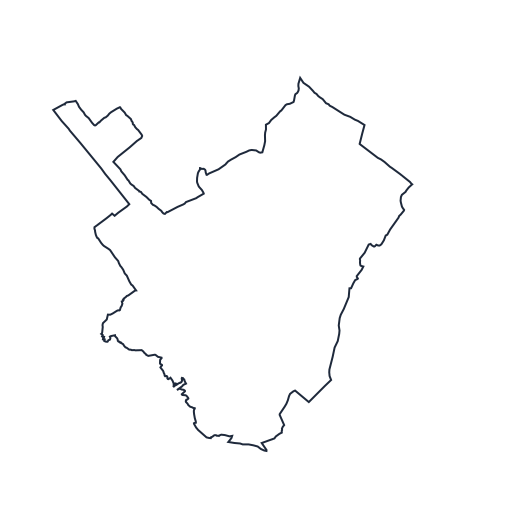 Cretesti, Vaslui, Romania (orthographic projection), rotated 167°
{"feature_id": "2599482B47452511342695", "entity_name": "Cretesti", "entity_type": "district", "adm_level": 2, "iso_a3": "ROU", "parent_name": "Romania", "parent_adm1": "Vaslui", "projection": "orthographic", "projection_center": [28.003, 46.636], "detail": "fine", "context": "isolated", "style": "outline", "palette": "slate", "viewbox_px": 512, "rotation_deg": 167, "n_neighbors": 0, "source": "geoboundaries", "source_scale": "gbopen_adm2", "svg_char_len": 6117}
<svg xmlns="http://www.w3.org/2000/svg" viewBox="0 0 512 512"><g transform="rotate(167 256 256)"><path d="M290.5,354.1L290.8,354.2L291.1,352.9L293.0,351.1L294.0,349.7L295.8,345.4L296.7,342.0L296.8,340.7L296.2,336.9L295.8,335.9L293.9,332.5L293.0,329.6L292.9,328.5L299.8,326.4L301.2,325.8L312.1,324.3L313.7,323.1L315.3,322.6L321.3,321.5L332.4,318.6L333.0,318.9L335.3,317.5L336.1,317.9L336.7,318.4L337.5,319.7L338.1,321.3L340.3,323.9L341.8,326.2L343.6,328.1L344.9,329.0L346.2,331.2L345.9,333.3L347.3,334.7L349.5,338.2L352.8,342.1L353.7,344.3L355.2,345.1L355.1,345.5L358.5,349.5L359.4,351.7L361.3,353.7L362.2,355.0L363.3,358.4L363.9,359.0L365.8,364.2L368.2,368.8L368.6,370.9L373.8,379.8L368.5,383.6L354.8,390.2L346.1,394.9L341.2,396.8L339.9,398.6L340.1,399.9L342.5,405.3L343.5,406.5L344.7,408.7L345.3,411.0L346.1,411.8L346.3,412.5L346.1,413.8L346.5,415.0L346.8,415.4L347.1,417.6L349.9,421.6L350.8,422.4L351.7,425.3L354.4,429.7L354.8,431.2L355.1,431.6L355.5,431.5L358.4,430.9L364.9,428.7L366.9,427.7L368.9,426.1L371.3,424.9L372.7,424.8L376.6,422.8L378.6,421.4L379.1,421.6L382.7,419.5L383.5,419.4L384.3,420.0L385.8,422.7L388.0,428.0L390.2,430.8L390.9,432.1L391.6,434.7L393.4,437.8L394.9,441.2L395.4,444.1L396.8,447.7L398.4,447.6L406.0,448.3L408.5,447.2L408.4,446.8L409.3,447.0L410.7,446.7L420.7,443.9L414.9,431.1L409.9,422.1L409.2,420.1L401.6,405.4L387.1,376.1L384.5,369.9L380.9,362.7L367.8,335.0L370.6,333.3L380.4,329.2L384.7,327.0L386.7,329.7L388.4,328.7L393.2,326.4L406.9,320.4L407.3,318.9L407.1,317.2L407.3,315.7L407.3,312.7L407.0,310.7L406.6,309.3L405.8,308.7L404.0,303.7L402.8,301.3L401.9,300.0L398.0,296.0L396.8,294.5L393.8,286.6L391.4,282.1L391.2,279.9L390.4,276.7L389.8,275.8L388.5,272.5L387.8,268.5L386.3,265.9L385.1,259.8L384.0,256.2L382.9,255.0L380.6,249.4L381.7,249.5L389.3,246.3L390.9,246.1L392.1,245.3L394.5,244.2L395.1,243.6L394.7,243.4L394.8,243.1L395.8,242.1L397.0,241.9L396.9,239.6L398.1,237.6L399.4,236.4L400.8,233.9L401.5,233.7L402.5,234.1L403.8,233.9L408.6,232.2L411.2,231.6L413.5,232.2L415.7,227.7L420.1,225.1L420.6,224.3L421.1,223.2L421.3,221.3L423.0,216.3L423.5,215.3L424.3,214.9L423.1,213.4L424.1,212.3L423.3,211.2L422.7,211.6L422.2,211.4L422.4,211.0L423.6,209.9L423.9,209.2L423.3,208.8L422.9,209.1L422.2,208.9L422.2,208.6L422.9,207.8L423.0,207.4L421.9,206.5L420.4,205.9L419.9,205.9L418.8,207.1L417.1,207.4L416.4,208.6L416.3,209.2L416.5,210.3L415.3,210.6L411.2,210.5L411.3,209.5L409.9,207.2L409.6,206.0L409.7,204.4L409.2,203.5L408.7,203.5L407.8,202.1L407.4,202.4L407.1,202.2L406.0,200.5L405.3,200.0L404.7,198.1L403.7,196.3L402.8,195.8L400.6,193.3L399.1,192.9L398.2,192.2L395.7,191.7L394.7,191.2L388.6,190.0L387.2,188.2L386.8,187.1L385.2,184.8L385.2,184.4L383.4,182.9L377.0,182.6L376.2,182.3L374.2,179.8L370.9,178.2L370.9,177.8L372.8,176.3L373.7,173.0L373.5,172.3L372.5,171.5L372.1,170.9L372.2,170.5L373.4,169.8L374.2,168.9L372.4,165.1L372.2,164.2L372.2,163.0L371.8,161.5L371.9,159.9L371.6,159.3L370.1,159.2L369.7,158.7L369.6,158.1L369.9,156.8L369.6,156.0L369.3,155.8L368.9,155.7L368.1,156.2L367.5,156.2L366.7,156.6L365.4,153.4L364.9,150.2L365.5,147.7L366.1,146.9L364.0,148.0L363.7,148.4L364.0,150.1L362.9,149.9L362.6,149.5L362.2,149.3L362.1,148.5L359.9,149.4L358.7,149.4L358.4,149.7L357.2,149.8L356.1,151.1L355.9,153.5L355.6,153.9L354.5,153.3L354.2,152.0L353.7,151.8L353.6,149.9L352.9,147.4L355.8,146.8L357.4,145.6L363.2,143.2L360.7,143.9L359.8,143.7L358.6,142.7L356.6,141.9L355.6,140.8L355.7,140.1L359.4,138.0L359.3,137.5L358.9,137.1L355.8,136.1L355.0,135.1L354.0,133.0L354.0,132.3L355.0,131.7L356.1,131.7L356.7,131.2L356.6,130.7L357.1,130.2L357.1,129.5L355.9,127.5L355.6,126.2L354.1,124.0L352.1,122.8L351.4,122.1L349.2,121.2L350.4,121.1L351.2,119.6L351.6,118.2L351.9,115.7L352.1,111.9L351.9,108.4L352.1,107.1L353.9,107.1L354.1,107.0L354.1,106.2L352.9,102.2L352.5,101.5L351.6,99.6L345.0,90.4L342.8,89.3L341.0,88.7L340.6,89.5L339.1,89.7L337.6,90.5L336.6,90.7L335.3,90.4L334.5,89.6L333.1,89.4L332.6,89.0L331.5,89.5L330.0,89.7L326.6,88.5L322.3,86.2L319.7,86.1L320.9,84.1L324.8,81.0L319.2,78.7L313.7,76.9L311.3,75.4L305.6,74.1L301.1,72.1L297.2,70.0L294.6,66.8L291.7,64.6L289.7,63.7L289.4,64.6L292.5,72.5L279.1,74.1L277.3,75.7L273.1,77.5L270.6,78.1L270.3,79.8L269.7,80.6L269.6,81.9L268.3,83.6L266.6,84.9L268.7,95.9L268.4,96.7L262.0,102.7L259.6,105.2L257.4,108.3L255.3,112.1L253.8,114.0L250.1,115.7L248.2,116.1L237.4,101.8L218.1,113.9L210.7,118.3L211.3,122.5L210.8,126.2L210.0,128.9L204.0,140.5L200.0,149.1L195.5,154.7L192.5,161.3L191.4,164.6L191.0,169.7L188.4,176.7L186.6,179.7L182.4,184.6L174.9,195.1L172.2,203.5L170.6,203.2L167.3,207.5L164.8,210.2L162.1,210.8L161.8,211.2L162.5,212.8L162.4,213.7L156.2,218.7L153.8,221.6L155.8,222.7L156.3,223.2L156.4,223.8L156.2,226.0L155.5,228.5L155.5,229.7L155.2,230.2L149.4,234.7L143.6,241.8L141.6,242.0L141.4,241.4L140.5,240.1L139.0,238.7L138.6,238.6L137.9,238.8L136.2,239.9L134.7,238.8L133.5,238.4L132.4,238.6L131.0,239.4L127.9,242.5L125.0,246.8L123.3,247.2L119.3,251.7L108.5,261.3L107.5,262.8L105.7,263.8L101.7,266.9L101.3,267.6L102.2,269.7L102.7,271.3L102.8,275.6L102.7,277.3L101.5,280.9L100.1,282.8L95.9,284.8L94.8,286.0L91.8,288.4L87.7,290.7L88.3,291.4L89.3,293.5L91.6,296.4L97.3,303.6L104.1,311.5L105.4,312.8L109.6,318.7L112.5,322.0L115.2,324.2L129.7,341.7L129.8,341.9L124.8,351.7L120.8,359.2L126.3,364.7L129.0,366.6L132.9,370.4L138.1,373.8L148.1,384.0L150.4,385.9L151.1,387.5L153.4,389.1L155.7,393.8L158.2,396.4L159.4,397.9L160.6,400.3L162.3,401.9L163.2,403.8L166.2,409.0L170.8,414.0L172.9,419.6L175.9,414.3L176.5,412.1L176.6,409.7L177.3,407.8L178.1,406.7L179.2,405.6L181.2,404.8L181.9,403.8L184.0,398.9L184.8,397.6L188.8,396.7L191.7,396.9L193.3,396.4L198.8,391.9L199.4,391.9L201.1,390.7L204.7,388.0L207.0,387.0L210.6,385.1L213.5,382.6L216.8,381.7L217.8,377.1L219.3,374.2L220.1,371.7L221.3,365.8L223.0,362.0L226.5,355.6L228.6,355.7L229.8,356.4L232.1,358.8L236.4,360.3L238.9,360.4L241.9,359.7L249.3,358.6L253.6,356.9L258.7,355.5L262.4,354.2L262.9,353.6L263.9,353.1L265.1,352.1L273.0,348.9L283.1,347.0L285.5,346.1L285.9,346.2L286.2,348.6L286.0,350.7L286.2,351.5L287.3,352.7L290.7,353.4L290.5,354.1Z" fill="none" stroke="#1e293b" stroke-width="2"/></g></svg>